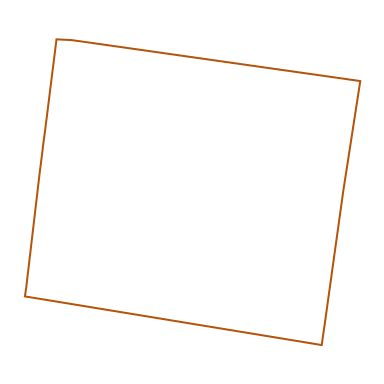 the district of Person, North Carolina, United States of America, rotated 277°
{"feature_id": "52423323B78779547574002", "entity_name": "Person", "entity_type": "district", "adm_level": 2, "iso_a3": "USA", "parent_name": "United States of America", "parent_adm1": "North Carolina", "projection": "equal_earth", "projection_center": [-78.996, 36.389], "detail": "fine", "context": "isolated", "style": "outline", "palette": "amber", "viewbox_px": 384, "rotation_deg": 277, "n_neighbors": 0, "source": "geoboundaries", "source_scale": "gbopen_adm2", "svg_char_len": 419}
<svg xmlns="http://www.w3.org/2000/svg" viewBox="0 0 384 384"><g transform="rotate(277 192 192)"><path d="M210.2,342.0L213.8,342.1L322.6,345.5L328.1,54.2L327.0,38.9L326.9,38.9L237.4,38.7L236.8,38.7L216.6,38.5L216.4,38.6L195.0,38.5L194.1,38.5L188.5,38.5L78.3,39.1L77.3,39.1L68.3,38.9L68.0,38.9L55.9,339.4L59.2,339.5L62.7,339.5L70.6,339.7L75.4,339.8L210.2,342.0Z" fill="none" stroke="#b45309" stroke-width="2"/></g></svg>